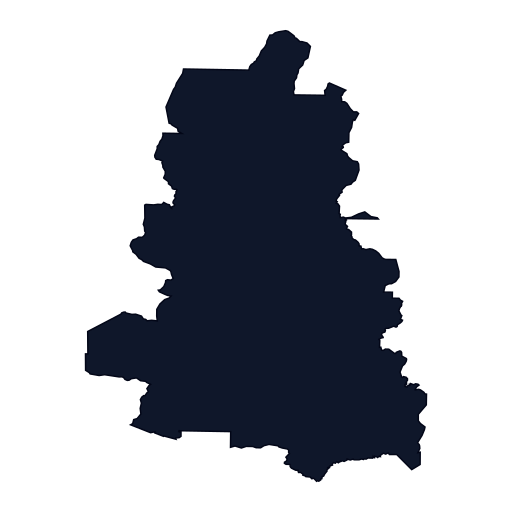 outline of Gore District, Southland, New Zealand
{"feature_id": "76426892B13163294507058", "entity_name": "Gore District", "entity_type": "district", "adm_level": 2, "iso_a3": "NZL", "parent_name": "New Zealand", "parent_adm1": "Southland", "projection": "equal_earth", "projection_center": [169.017, -46.045], "detail": "fine", "context": "isolated", "style": "filled", "palette": "ink", "viewbox_px": 512, "rotation_deg": 0, "n_neighbors": 0, "source": "geoboundaries", "source_scale": "gbopen_adm2", "svg_char_len": 6071}
<svg xmlns="http://www.w3.org/2000/svg" viewBox="0 0 512 512"><path d="M294.0,35.8L288.0,31.3L285.7,30.7L278.7,31.8L275.2,32.8L272.5,35.0L269.9,35.1L267.0,41.0L266.6,43.8L264.7,47.3L261.4,50.8L259.3,55.9L256.7,59.1L256.5,60.6L254.2,62.0L253.7,63.1L251.3,64.5L249.8,66.6L248.8,70.1L183.5,69.0L182.7,73.4L176.5,83.2L175.2,87.2L173.6,89.3L166.0,107.0L169.1,123.2L171.0,123.8L172.1,125.1L177.6,128.3L178.1,131.2L181.9,133.5L162.9,133.2L163.0,135.6L161.9,139.1L160.1,141.3L158.8,144.7L157.2,146.4L157.2,148.8L154.7,155.3L154.9,157.2L156.2,159.2L158.9,159.5L162.7,161.1L161.9,162.7L162.8,165.2L162.9,167.2L165.3,171.3L165.2,174.3L163.7,177.8L164.0,178.4L168.4,181.6L168.5,183.8L171.6,186.1L172.4,188.6L174.2,189.3L176.2,189.2L177.1,190.0L176.0,191.5L176.0,193.8L174.9,194.8L174.4,196.1L175.6,198.0L173.6,200.6L173.0,202.1L173.1,203.1L174.8,204.9L173.9,206.0L171.5,207.0L171.6,208.3L170.7,207.6L169.4,204.8L167.0,204.2L163.7,202.4L162.3,204.1L161.2,204.5L157.8,204.3L153.6,204.9L145.9,204.4L144.7,205.1L144.9,218.1L143.3,224.3L144.4,226.9L144.7,231.1L145.6,232.3L144.7,235.1L142.3,237.3L138.5,237.2L136.6,238.7L133.0,239.9L131.3,242.3L130.2,245.8L132.7,250.6L132.8,251.8L136.1,254.3L139.1,258.3L141.7,259.6L143.5,261.4L150.3,263.9L155.7,267.0L165.5,267.9L170.2,270.5L170.9,271.6L171.6,274.7L173.2,278.5L171.0,280.1L167.4,279.7L165.7,280.6L165.5,282.6L163.8,286.6L160.3,289.9L158.3,290.2L159.4,291.8L164.6,294.2L167.5,295.4L171.1,296.0L169.2,298.0L164.7,299.6L160.0,303.9L156.8,309.3L156.7,316.0L157.3,320.9L151.6,320.3L147.1,320.8L145.7,319.4L143.3,318.9L141.5,316.1L135.7,314.2L131.9,314.4L126.0,313.0L125.3,312.1L123.9,312.1L121.8,312.8L120.8,314.2L87.7,331.5L87.9,353.9L85.5,353.9L85.6,370.3L89.3,372.6L90.1,373.9L99.1,375.5L104.6,374.7L119.1,376.9L122.0,376.8L123.6,377.5L125.0,379.4L127.3,380.4L129.1,380.2L131.3,378.7L136.5,377.9L140.5,380.7L145.5,381.3L146.8,382.5L150.6,384.3L148.9,385.7L146.9,388.6L148.4,391.6L146.7,393.1L145.1,395.6L143.7,395.6L141.8,397.1L140.4,399.6L141.4,403.1L140.2,408.4L140.9,414.0L137.1,418.6L133.7,419.6L132.7,423.6L130.6,424.8L150.6,432.7L154.9,431.8L154.7,432.9L163.4,436.3L163.6,435.9L175.9,439.2L175.5,438.4L175.8,438.0L179.3,437.6L181.0,436.3L181.0,431.9L179.1,431.9L178.7,431.4L178.9,430.7L230.7,431.6L230.5,447.3L235.0,446.0L241.4,448.0L246.2,446.4L252.8,446.5L256.1,447.7L260.6,447.8L263.9,445.7L269.0,444.4L278.0,445.8L278.9,446.9L282.2,448.0L287.4,449.0L288.7,450.1L288.6,452.4L289.5,453.4L285.9,457.2L287.0,458.8L286.9,460.1L286.2,461.2L284.5,462.2L284.4,463.3L286.0,464.3L289.7,464.4L290.1,464.8L290.2,466.6L291.4,468.1L295.6,470.2L298.2,470.4L298.2,471.8L298.7,472.5L300.6,472.4L303.0,474.2L302.8,475.1L305.3,476.0L305.8,476.6L310.1,477.0L311.9,478.8L313.0,478.3L314.1,478.6L316.6,481.3L317.6,480.7L318.8,481.2L320.7,479.9L320.8,478.8L321.8,478.7L322.2,476.6L323.6,476.1L324.7,474.0L327.0,471.1L326.9,469.7L328.3,468.6L327.7,467.6L328.6,467.2L329.5,467.6L330.1,465.8L332.5,465.1L332.3,463.9L333.6,462.6L335.3,463.2L336.8,461.6L338.3,462.8L340.6,461.1L340.8,461.5L342.3,460.8L344.1,461.4L347.0,460.0L347.1,459.1L350.3,460.0L353.1,459.1L354.0,459.8L359.1,459.8L361.6,459.0L363.6,459.5L364.3,458.8L366.1,459.1L368.0,458.0L372.5,458.1L373.0,456.5L373.5,457.6L374.4,457.7L374.2,456.6L374.6,456.1L375.5,456.7L376.2,456.5L377.7,457.5L378.6,456.5L380.4,456.6L380.1,455.6L383.3,453.2L385.7,454.1L388.2,452.9L389.4,454.5L396.7,454.5L411.7,469.6L420.1,464.5L420.2,452.2L417.9,452.7L419.8,448.5L419.6,445.8L419.1,444.4L417.9,443.4L417.8,442.3L422.0,435.5L424.4,429.7L425.0,427.0L420.4,423.5L418.3,420.8L418.3,414.3L426.3,404.9L426.5,394.1L424.9,393.9L423.9,392.3L420.5,389.9L418.7,389.3L415.2,389.9L415.1,389.5L416.6,386.9L419.0,385.1L418.0,384.2L415.6,383.8L413.7,384.7L410.6,383.6L410.6,384.2L409.7,384.2L410.1,384.9L409.8,385.4L408.1,385.3L407.0,387.0L405.0,386.5L404.8,385.0L406.0,385.0L406.3,384.3L406.6,383.1L405.6,382.9L407.5,380.2L407.4,378.4L406.6,378.2L406.2,377.3L403.4,376.6L402.6,377.5L401.7,377.1L400.0,372.1L402.5,365.9L404.6,364.1L406.1,361.5L406.6,359.7L406.4,358.6L401.8,356.1L401.6,352.4L400.9,351.3L399.8,350.9L396.3,352.3L395.6,353.5L394.6,353.5L388.8,349.2L385.3,349.1L383.3,350.4L381.6,350.2L380.8,347.2L379.5,347.4L379.8,340.6L378.9,339.3L381.7,337.8L383.0,337.7L383.2,337.3L381.5,334.9L382.1,333.0L384.9,332.0L385.4,330.5L384.9,329.3L385.8,328.4L388.7,328.2L393.7,326.2L396.0,327.1L397.1,326.5L397.5,324.7L400.2,323.0L401.9,321.5L402.5,320.2L400.4,319.3L401.8,315.6L401.0,315.0L398.9,310.9L399.5,308.5L400.7,306.5L401.3,306.2L401.7,304.9L401.5,303.4L402.6,301.3L400.4,300.1L399.0,298.3L392.3,298.2L392.4,292.2L383.6,292.1L385.2,285.6L388.9,283.8L391.6,283.7L395.6,281.5L398.9,277.0L399.0,271.5L395.8,259.5L385.6,259.4L384.0,258.9L382.1,257.8L378.7,253.3L375.7,250.9L372.4,249.3L369.8,248.8L365.9,249.6L363.1,248.7L361.6,249.0L360.9,246.1L359.2,245.9L359.0,243.7L358.0,242.2L355.5,240.0L353.6,239.5L352.0,237.8L351.9,236.6L351.0,235.4L351.5,234.8L351.5,232.1L348.7,229.6L346.6,229.0L346.5,228.3L347.5,226.4L345.3,224.4L345.2,223.6L345.8,221.6L345.3,220.9L346.3,220.1L345.4,219.6L345.2,218.6L378.3,219.0L377.3,217.8L371.0,216.6L364.8,211.9L358.6,213.9L351.4,217.3L345.5,218.0L343.3,217.1L340.4,217.7L340.0,215.6L340.3,214.3L339.1,213.6L339.5,206.1L337.8,203.7L336.2,203.2L337.2,201.7L336.1,201.2L336.7,198.9L339.5,195.4L339.0,194.4L342.1,192.2L341.8,189.9L346.2,185.4L351.0,184.2L352.5,182.2L355.3,180.3L359.0,170.1L358.6,164.0L357.3,161.7L352.6,160.8L348.6,157.4L347.6,156.1L346.9,153.7L341.3,150.2L340.9,149.4L343.3,147.5L343.2,146.8L342.1,146.6L343.0,144.8L345.7,142.8L348.7,142.2L348.9,132.7L351.6,127.4L352.4,122.0L353.3,119.7L354.8,120.3L358.6,113.5L356.8,111.9L353.4,111.9L350.3,108.7L346.9,103.4L344.7,101.8L341.7,101.7L341.6,99.1L340.8,96.2L342.2,95.1L343.4,92.4L345.8,90.2L329.4,83.0L328.1,83.9L327.6,86.4L326.2,89.3L324.6,90.5L325.1,95.3L294.0,94.9L293.4,91.6L294.5,88.6L294.0,83.7L294.2,81.1L296.5,77.8L296.9,74.8L298.0,73.0L298.7,68.8L302.7,65.0L304.1,60.5L307.9,57.9L310.4,46.4L307.0,43.0L301.9,41.6L299.8,41.6L296.4,38.3L295.1,38.0L294.0,35.8Z" fill="#0f172a" stroke="#020617" stroke-width="1.5"/></svg>